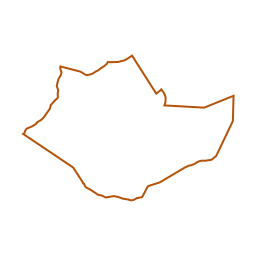 Belle Vue, Vieux Fort, Saint Lucia, rotated 9°
{"feature_id": "8701671B25756031943387", "entity_name": "Belle Vue", "entity_type": "district", "adm_level": 2, "iso_a3": "LCA", "parent_name": "Saint Lucia", "parent_adm1": "Vieux Fort", "projection": "albers", "projection_center": [-60.954, 13.792], "detail": "fine", "context": "isolated", "style": "outline", "palette": "amber", "viewbox_px": 256, "rotation_deg": 9, "n_neighbors": 0, "source": "geoboundaries", "source_scale": "gbopen_adm2", "svg_char_len": 1366}
<svg xmlns="http://www.w3.org/2000/svg" viewBox="0 0 256 256"><g transform="rotate(9 128 128)"><path d="M200.5,152.0L201.3,151.2L202.8,150.2L203.5,149.7L205.4,148.9L206.9,148.6L209.6,148.2L211.1,147.7L214.3,146.7L215.6,146.2L217.4,144.1L217.9,143.5L219.4,141.9L219.5,141.7L230.5,104.7L227.2,79.7L200.0,96.0L160.4,100.0L160.7,98.8L160.9,96.2L160.5,92.7L160.0,90.9L159.0,89.2L157.9,87.7L156.8,86.5L154.7,84.7L153.5,86.5L152.0,88.0L150.5,89.6L120.7,55.9L117.4,58.9L114.0,61.7L107.9,64.3L100.2,65.8L97.7,66.0L97.1,67.9L95.2,70.2L91.8,73.3L89.6,75.7L86.8,77.7L84.7,79.7L81.9,81.2L79.6,82.1L77.4,82.0L75.4,81.0L71.7,79.7L51.6,77.8L51.7,79.7L53.6,83.4L53.4,86.2L51.7,90.4L51.2,94.8L51.1,97.7L53.2,101.7L53.2,105.3L53.9,108.3L53.7,109.7L51.7,111.8L49.2,115.8L48.1,117.4L47.9,120.9L45.6,125.7L42.9,131.0L40.9,133.7L37.4,136.5L36.3,138.6L32.8,141.5L27.9,144.6L26.9,146.7L26.4,149.3L25.4,150.3L80.0,175.6L91.9,188.8L92.3,189.7L93.0,189.9L93.3,190.0L94.8,192.4L96.1,193.3L99.7,194.5L106.1,197.3L108.3,198.5L109.3,198.6L112.4,198.8L116.9,200.1L124.9,197.4L127.6,197.6L129.3,197.7L133.9,198.6L139.5,198.6L142.6,199.0L145.6,197.7L147.5,196.0L152.8,194.0L156.8,182.3L167.8,176.8L190.0,158.4L190.4,158.1L191.5,157.4L193.1,156.2L193.9,155.8L194.5,155.4L195.5,155.2L196.2,154.9L198.3,153.7L199.1,153.1L200.2,152.2L200.5,152.0Z" fill="none" stroke="#b45309" stroke-width="2"/></g></svg>